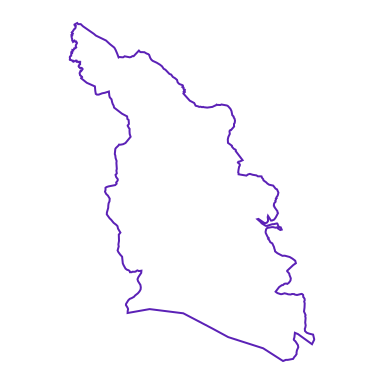 the district of Atwima Nwabiagya North, Ashanti, Ghana
{"feature_id": "2480657B14484334363928", "entity_name": "Atwima Nwabiagya North", "entity_type": "district", "adm_level": 2, "iso_a3": "GHA", "parent_name": "Ghana", "parent_adm1": "Ashanti", "projection": "orthographic", "projection_center": [-1.753, 6.879], "detail": "fine", "context": "isolated", "style": "outline", "palette": "violet", "viewbox_px": 384, "rotation_deg": 0, "n_neighbors": 0, "source": "geoboundaries", "source_scale": "gbopen_adm2", "svg_char_len": 5849}
<svg xmlns="http://www.w3.org/2000/svg" viewBox="0 0 384 384"><path d="M277.4,211.2L274.4,207.0L274.4,206.5L273.8,205.8L274.0,205.1L273.9,204.2L274.4,203.0L275.6,201.7L275.3,200.8L276.0,199.6L275.8,198.8L276.6,198.2L276.3,197.7L276.7,196.9L277.3,196.2L277.9,194.9L278.4,192.6L277.0,189.4L275.6,188.7L273.2,185.6L269.1,184.7L267.2,183.4L266.3,182.4L263.5,180.4L263.2,179.2L262.1,177.9L261.5,176.4L259.7,176.3L257.8,176.3L256.5,175.4L252.8,174.8L249.9,173.9L248.1,174.4L246.4,175.6L238.6,174.3L238.6,173.2L238.2,172.5L238.5,169.9L239.1,166.7L239.7,165.8L239.9,164.8L239.5,164.0L237.9,162.6L238.3,161.8L240.2,161.3L242.6,160.2L235.7,151.1L235.9,150.2L235.4,149.6L233.8,148.8L231.9,146.6L231.9,145.7L228.0,142.9L227.8,139.3L228.4,136.8L229.8,133.9L229.5,131.4L229.8,130.5L230.6,130.0L231.0,130.1L234.1,126.5L234.0,125.9L234.0,123.9L234.7,122.9L235.0,120.7L234.5,118.5L233.8,117.7L233.6,116.5L232.3,115.2L231.5,111.1L230.4,108.8L228.0,106.1L226.9,105.5L221.5,104.5L220.3,105.0L217.2,104.9L216.6,104.6L215.6,105.5L215.0,105.6L212.4,106.9L207.2,107.6L203.8,107.2L203.1,106.9L202.1,107.2L200.5,106.7L199.1,106.9L198.5,106.5L195.6,105.7L194.2,103.0L189.8,100.7L182.9,93.0L183.7,93.3L183.7,92.2L184.5,92.4L184.7,92.2L184.0,91.6L184.8,91.1L184.8,90.7L184.3,90.2L184.6,89.7L184.2,89.6L183.9,89.7L183.5,88.0L183.3,88.1L183.2,87.8L183.5,87.6L183.1,86.9L182.5,86.8L182.8,86.4L182.9,85.6L182.6,85.2L179.8,84.2L178.8,83.6L177.6,82.2L177.0,79.9L175.0,78.2L172.8,76.9L171.2,74.6L169.4,73.9L165.4,69.7L163.7,68.8L162.0,66.3L160.0,64.7L156.7,62.7L152.6,60.8L151.2,59.5L150.2,57.8L149.1,54.8L148.0,54.0L146.5,53.5L144.4,52.2L140.6,52.1L140.0,51.8L138.9,50.6L133.6,56.2L132.5,56.1L131.0,57.0L129.7,57.3L124.6,56.3L123.4,57.2L122.5,57.3L119.2,57.0L118.6,57.4L117.1,53.4L115.5,49.7L114.3,47.6L109.9,44.1L106.0,40.5L95.9,35.6L93.8,33.8L83.0,26.3L80.7,24.1L78.1,24.1L77.2,23.0L74.5,24.5L74.4,24.8L75.1,25.9L75.6,25.7L75.8,25.8L75.6,27.4L75.2,28.5L74.5,28.8L73.2,30.6L73.0,31.1L71.8,32.4L72.8,33.5L72.5,33.8L72.5,34.3L72.0,34.3L72.0,34.6L71.6,34.9L72.2,35.3L72.2,35.7L71.5,36.3L71.8,38.0L72.1,38.6L72.2,40.6L73.0,41.4L73.1,41.9L73.8,41.5L73.8,40.8L74.5,40.5L75.6,41.9L75.9,42.0L76.3,41.7L77.0,43.0L75.9,45.1L75.7,46.2L76.2,47.3L75.6,47.7L75.5,48.2L74.3,48.3L74.1,48.7L74.1,49.1L73.2,49.8L73.2,50.2L72.4,50.0L72.4,51.3L71.5,51.7L71.4,52.1L72.0,52.1L71.8,52.7L72.2,52.9L72.1,53.2L71.5,53.3L71.2,53.9L71.2,55.7L70.0,56.5L69.8,57.2L70.0,59.0L69.8,59.7L70.1,60.0L71.7,60.2L72.5,60.8L72.6,61.3L73.0,61.5L73.4,61.1L73.7,61.6L75.7,60.6L76.1,60.6L76.4,61.2L76.8,60.9L77.0,61.2L76.9,61.8L79.4,61.8L79.1,62.3L79.8,62.4L79.6,62.7L80.1,63.1L80.0,63.5L80.1,64.3L79.0,65.2L78.6,66.2L79.1,67.2L79.6,67.4L80.0,68.0L81.6,67.9L82.5,68.7L82.6,69.2L81.2,71.1L80.6,70.7L79.6,73.1L80.1,75.3L80.9,75.8L81.3,76.4L82.0,76.8L82.1,77.1L81.5,77.5L81.1,78.2L86.8,82.8L94.9,86.4L95.3,91.0L95.8,93.9L96.9,94.6L98.8,94.6L102.2,93.3L104.8,92.8L108.9,91.5L109.3,95.6L109.8,97.4L111.5,99.3L112.1,102.1L112.8,104.2L113.6,105.5L114.1,107.6L122.0,113.7L127.1,116.4L127.4,119.0L128.5,119.8L128.7,120.7L128.9,123.8L128.7,124.4L127.7,125.4L127.7,125.8L128.9,128.0L129.6,128.9L129.5,131.1L129.7,134.0L130.6,136.8L125.5,143.0L123.1,144.2L120.5,144.7L119.0,144.6L118.5,145.5L115.9,148.0L115.3,149.0L114.8,154.1L115.3,155.4L115.6,158.1L116.6,161.0L116.4,163.0L116.8,168.9L116.4,170.6L116.8,173.4L115.5,174.9L116.2,177.1L117.7,179.1L117.8,180.0L117.2,181.3L116.2,182.4L116.6,183.7L115.2,185.1L108.5,186.4L106.4,187.1L105.5,187.8L105.5,190.0L105.0,191.7L106.2,194.0L107.9,195.6L109.7,198.6L109.5,201.3L108.6,203.3L108.3,205.5L108.2,207.9L106.9,212.5L106.8,214.4L109.7,218.4L111.1,219.7L113.6,222.8L116.3,224.9L117.5,226.2L118.0,228.6L120.4,232.6L118.8,234.6L119.0,240.9L118.4,244.4L118.7,246.5L117.6,250.4L118.3,252.0L120.2,254.6L122.1,256.7L122.8,263.4L123.7,265.4L125.5,268.6L126.9,269.7L128.7,270.3L129.8,271.3L130.0,272.2L131.7,272.2L132.6,271.7L134.1,271.8L135.7,271.6L136.4,270.9L137.4,270.4L138.9,271.1L141.4,270.7L141.2,272.9L138.4,277.1L137.5,279.2L138.0,281.1L140.4,284.9L140.8,287.3L140.6,289.4L139.5,291.4L137.9,293.3L135.1,295.5L134.0,296.8L131.7,298.1L129.7,298.9L128.3,300.3L126.1,303.8L125.9,305.0L127.6,307.8L128.1,309.1L127.7,310.9L127.6,313.0L149.6,309.1L183.3,313.3L212.7,328.7L228.2,337.1L263.2,348.3L283.0,361.0L285.8,359.9L287.6,359.9L293.1,358.9L294.3,357.0L295.5,355.7L296.6,354.0L296.5,352.8L296.9,350.4L298.3,347.2L297.9,345.1L295.5,341.4L293.9,339.9L293.8,339.2L294.4,337.4L294.9,332.8L298.0,334.1L312.0,344.2L314.1,339.9L314.2,339.2L313.1,334.6L309.0,333.6L306.7,332.7L305.0,331.0L304.8,328.8L305.3,327.6L305.7,325.4L305.2,322.7L305.6,318.0L305.2,316.1L305.6,315.1L304.0,311.5L304.5,307.7L304.7,303.3L304.2,301.5L304.7,300.3L304.6,298.8L304.1,298.1L303.9,297.6L303.3,297.1L303.1,294.9L302.2,294.1L301.5,293.9L297.0,295.0L294.9,294.6L294.2,294.1L292.0,294.0L290.7,294.5L288.1,294.3L287.1,293.9L284.6,293.3L281.9,294.1L280.5,294.1L277.8,293.2L276.7,292.6L275.6,291.7L279.1,287.1L281.8,285.2L282.9,285.1L284.4,283.8L286.1,283.5L287.3,283.9L288.7,282.9L290.0,281.3L290.5,280.4L290.8,278.3L289.5,275.0L289.2,273.5L287.2,271.3L287.2,270.7L293.3,265.0L295.9,263.2L295.2,260.7L292.4,258.6L289.7,257.0L284.8,255.7L282.4,255.8L277.4,253.2L275.1,251.4L274.7,249.4L274.3,248.6L274.1,247.3L272.3,243.4L270.3,242.2L269.3,240.2L268.1,238.8L268.7,238.1L267.6,236.9L265.7,232.9L265.6,231.8L266.1,229.3L267.0,228.1L268.0,227.8L272.1,227.1L273.5,227.2L275.5,227.7L276.9,227.4L277.7,228.3L280.3,230.0L281.7,229.6L280.7,227.3L279.5,227.1L278.5,226.4L277.4,223.7L277.0,223.4L273.5,224.2L272.3,224.2L268.4,225.4L267.1,225.9L265.6,225.8L261.7,223.3L260.3,221.7L257.4,219.2L258.4,218.9L264.1,222.8L265.6,223.2L266.9,222.6L268.0,221.1L268.0,219.2L267.7,217.1L268.0,215.9L271.0,220.6L272.1,220.5L273.7,219.8L274.2,219.5L275.7,217.5L278.0,213.1L277.5,212.3L277.4,211.2Z" fill="none" stroke="#5b21b6" stroke-width="2"/></svg>